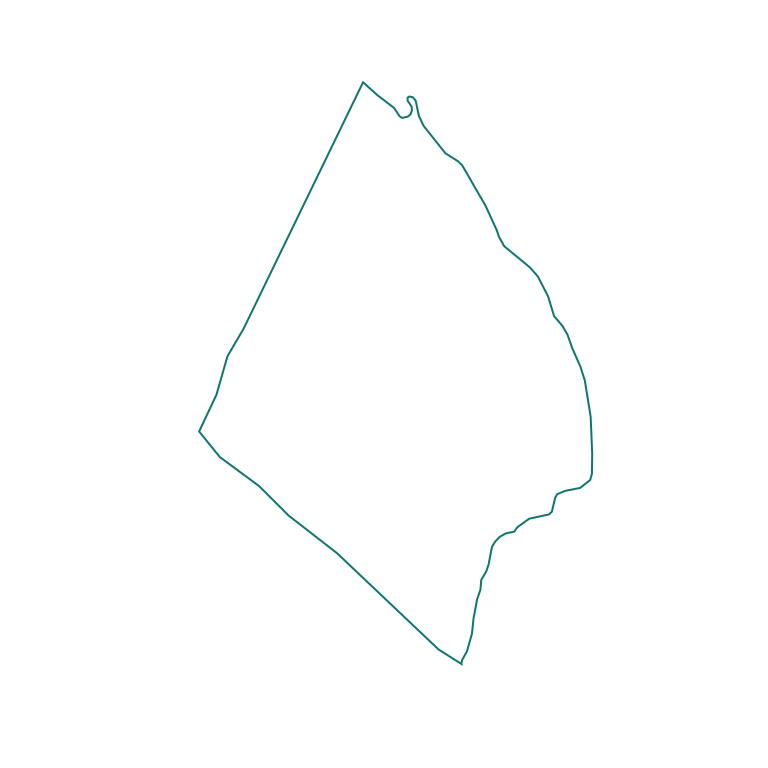 outline of Obock, Obock, Djibouti, rotated 339°
{"feature_id": "41766387B51204577272085", "entity_name": "Obock", "entity_type": "district", "adm_level": 2, "iso_a3": "DJI", "parent_name": "Djibouti", "parent_adm1": "Obock", "projection": "equal_earth", "projection_center": [43.238, 12.173], "detail": "fine", "context": "isolated", "style": "outline", "palette": "teal", "viewbox_px": 768, "rotation_deg": 339, "n_neighbors": 0, "source": "geoboundaries", "source_scale": "gbopen_adm2", "svg_char_len": 1089}
<svg xmlns="http://www.w3.org/2000/svg" viewBox="0 0 768 768"><g transform="rotate(339 384 384)"><path d="M194.4,362.1L204.5,393.3L230.9,434.7L247.9,472.8L279.4,524.9L339.8,651.4L356.0,673.2L356.2,672.5L358.3,669.4L365.5,663.5L376.7,648.5L383.6,634.9L393.7,618.5L400.3,610.6L404.6,601.7L410.9,596.7L412.6,595.3L417.0,589.9L426.4,574.8L431.4,570.9L437.2,568.2L444.2,567.1L452.6,568.5L457.2,565.5L471.3,561.8L481.8,563.4L491.3,564.9L494.9,563.4L503.2,551.4L506.3,548.9L514.8,548.7L529.9,551.3L542.1,547.5L546.0,542.2L550.3,531.4L553.4,523.7L565.2,488.6L572.7,452.9L573.6,438.4L572.6,417.7L573.0,403.9L571.4,393.7L567.1,381.5L568.6,361.1L566.2,338.9L562.2,327.8L556.1,317.0L545.6,298.5L545.4,296.8L544.1,287.9L544.4,280.9L542.7,254.3L535.3,207.5L532.7,202.3L528.9,197.2L524.0,190.6L513.5,157.3L512.6,146.3L515.1,130.9L513.6,126.5L510.6,124.7L508.7,125.1L507.6,128.0L509.2,135.2L508.2,138.3L505.6,141.6L502.1,142.9L496.3,142.1L495.5,141.1L494.5,139.6L492.4,130.0L481.0,111.4L472.6,94.8L272.8,282.0L247.8,302.0L223.8,333.9L194.4,362.1Z" fill="none" stroke="#0f766e" stroke-width="2"/></g></svg>